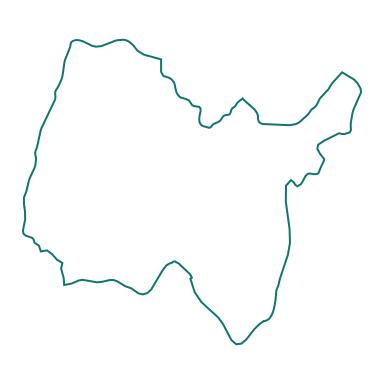 the Metropolitan department of Ain
{"feature_id": "FRA-5262", "entity_name": "Ain", "entity_type": "Metropolitan department", "adm_level": 1, "iso_a3": "FRA", "parent_name": "France", "parent_adm1": "", "projection": "orthographic", "projection_center": [5.485, 46.077], "detail": "fine", "context": "isolated", "style": "outline", "palette": "teal", "viewbox_px": 384, "rotation_deg": 0, "n_neighbors": 0, "source": "natural_earth", "source_scale": "10m", "svg_char_len": 3232}
<svg xmlns="http://www.w3.org/2000/svg" viewBox="0 0 384 384"><path d="M356.7,102.2L353.3,110.2L352.5,112.9L350.8,122.9L350.7,126.7L351.0,129.9L349.9,132.3L344.6,134.0L343.2,134.1L341.8,134.0L339.8,133.4L339.4,133.3L339.0,133.4L338.6,133.5L324.1,140.7L318.2,144.6L317.3,148.8L319.9,153.6L324.2,159.0L323.5,162.0L321.6,165.5L318.4,173.2L317.4,173.9L315.0,174.3L309.8,173.5L307.5,174.0L305.5,176.0L302.4,181.9L300.8,184.2L297.3,186.3L295.3,184.9L293.7,182.2L291.0,180.1L286.0,185.7L285.8,201.5L289.6,229.4L289.9,240.6L290.0,242.6L287.9,254.8L280.1,278.2L278.3,285.5L276.4,290.3L276.3,291.1L276.2,291.9L276.2,292.7L276.1,293.6L276.0,294.5L276.0,295.3L275.9,296.2L275.8,297.1L275.7,298.0L275.6,299.0L275.5,299.9L275.4,300.8L275.2,301.8L275.1,302.7L274.9,303.6L274.8,304.5L274.6,305.5L274.4,306.4L274.2,307.3L274.0,308.2L273.8,309.0L273.6,309.9L273.3,310.7L273.1,311.6L272.8,312.4L272.5,313.1L272.2,313.9L271.8,314.6L271.5,315.3L271.1,316.0L270.7,316.6L270.3,317.2L269.9,317.8L269.5,318.3L269.0,318.8L268.5,319.2L268.0,319.6L267.5,320.0L266.9,320.3L266.4,320.5L265.7,320.7L265.1,320.9L264.5,321.0L263.8,321.0L259.0,324.5L254.4,329.1L246.2,339.6L241.4,343.6L236.3,344.3L231.5,340.2L223.0,324.1L218.4,317.7L201.4,302.1L194.6,292.0L190.4,278.6L190.8,278.3L191.5,278.0L191.9,277.7L190.9,275.7L189.8,274.0L178.7,263.5L174.8,261.4L173.1,261.7L171.9,262.8L169.5,263.5L166.1,265.6L162.5,270.5L151.2,289.5L147.4,293.0L143.0,294.4L138.3,293.3L131.2,288.3L125.3,286.2L117.2,281.3L113.5,280.0L109.6,280.1L101.0,282.0L96.8,282.3L82.6,279.8L78.6,280.5L71.5,283.6L64.2,285.0L63.7,278.2L61.1,268.5L62.4,263.0L57.0,259.7L52.2,254.3L47.1,250.4L40.8,251.4L39.0,245.7L34.5,242.7L33.6,239.5L32.2,237.9L25.6,235.6L23.4,233.6L23.0,230.2L25.2,219.2L25.0,211.5L24.0,204.3L23.9,197.6L26.3,191.5L28.9,180.7L30.2,177.1L34.2,168.7L35.3,165.4L36.1,158.3L35.5,155.7L35.3,154.5L35.2,152.6L35.5,151.1L37.0,147.3L40.6,130.7L41.4,128.3L54.8,100.2L55.2,99.0L55.4,97.6L55.4,96.3L55.2,93.8L55.2,92.5L55.5,91.2L56.0,90.0L58.1,86.9L61.4,79.7L62.2,77.0L62.8,73.9L64.5,61.8L64.9,60.4L65.3,59.1L67.9,52.9L68.4,51.5L69.9,47.7L70.3,46.4L70.8,43.1L70.9,42.8L71.7,41.8L73.1,40.8L76.3,40.0L79.5,40.3L83.1,41.4L92.1,45.8L96.0,46.7L101.4,46.1L116.2,40.4L123.5,39.7L126.2,40.3L129.1,41.7L133.3,45.4L137.6,50.8L144.0,54.7L161.1,59.4L161.1,71.9L163.3,75.9L169.2,77.8L171.3,79.2L173.8,81.9L174.8,84.8L175.4,88.1L176.6,92.8L178.4,95.6L180.6,97.5L185.9,99.0L189.0,100.4L192.2,105.2L194.1,106.1L199.3,106.9L200.5,108.5L200.6,110.6L200.2,113.2L199.6,115.7L199.2,118.7L199.5,122.1L200.8,124.5L202.6,125.9L209.2,127.8L210.4,127.3L211.3,126.7L211.9,125.7L213.5,124.0L218.5,121.9L219.6,121.1L220.5,120.3L222.6,117.2L223.3,116.2L224.2,115.6L225.3,115.2L227.9,114.9L229.0,114.6L229.9,114.0L230.5,112.8L231.2,110.1L231.8,109.0L232.6,108.1L234.4,106.8L235.3,106.1L237.2,103.0L238.0,102.1L242.6,98.5L243.3,99.4L254.8,109.7L257.1,113.2L258.1,116.3L257.9,118.8L258.8,121.7L260.6,123.2L262.7,124.0L289.2,125.2L294.6,124.4L297.0,123.6L299.2,122.4L307.6,114.9L309.2,112.9L310.5,110.9L312.1,109.1L314.2,107.6L315.5,106.5L316.4,105.5L319.4,99.4L320.4,97.9L328.6,89.1L330.4,85.9L332.1,83.3L342.1,72.3L354.0,79.5L357.6,83.3L360.6,88.6L361.0,92.5L356.7,102.2Z" fill="none" stroke="#0f766e" stroke-width="2"/></svg>